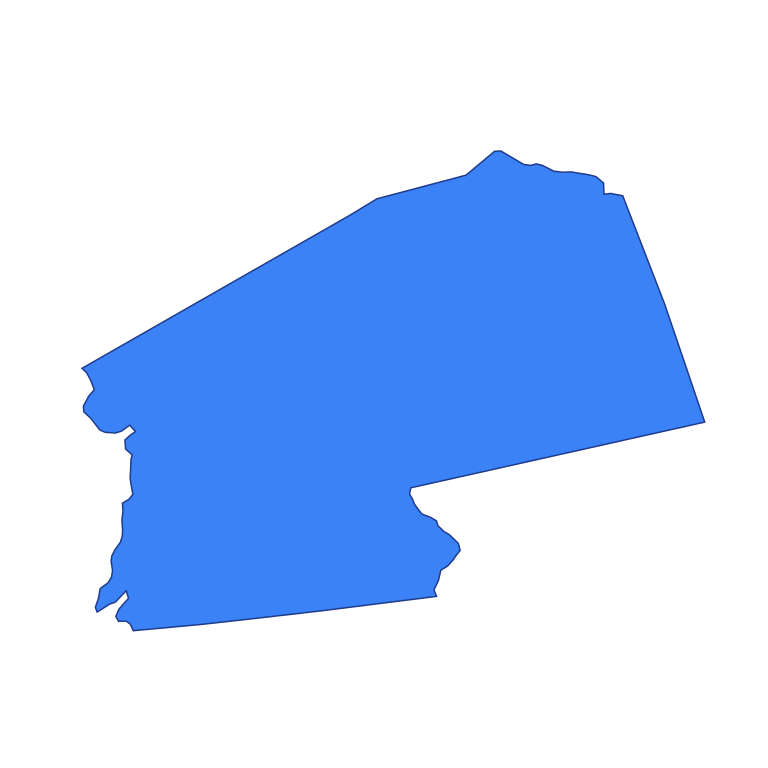 João Câmara, Rio Grande do Norte, Brazil (Natural Earth projection), rotated 83°
{"feature_id": "56859067B69289954608345", "entity_name": "João Câmara", "entity_type": "district", "adm_level": 2, "iso_a3": "BRA", "parent_name": "Brazil", "parent_adm1": "Rio Grande do Norte", "projection": "natural_earth1", "projection_center": [-35.848, -5.472], "detail": "fine", "context": "isolated", "style": "filled", "palette": "blue", "viewbox_px": 768, "rotation_deg": 83, "n_neighbors": 0, "source": "geoboundaries", "source_scale": "gbopen_adm2", "svg_char_len": 1355}
<svg xmlns="http://www.w3.org/2000/svg" viewBox="0 0 768 768"><g transform="rotate(83 384 384)"><path d="M598.3,663.0L600.4,593.4L600.9,548.4L601.5,473.5L601.2,357.7L594.4,359.5L585.6,353.9L575.8,350.3L572.3,342.9L566.7,336.5L562.9,333.2L558.5,328.7L551.3,329.6L541.4,337.6L537.9,342.3L531.2,347.8L526.3,348.6L522.3,353.6L517.7,362.2L513.5,364.8L506.9,368.4L501.9,369.7L496.2,372.0L490.3,370.1L460.9,70.3L391.6,84.7L338.5,95.8L226.3,124.1L222.5,135.7L222.4,142.5L211.3,141.6L204.0,148.4L201.5,154.6L199.7,160.5L198.2,166.1L196.4,172.0L195.5,181.3L193.4,189.6L186.2,200.3L184.1,206.2L184.9,211.8L183.1,218.6L167.0,239.6L166.5,245.9L186.7,277.1L199.3,368.4L212.5,397.7L256.4,502.5L331.6,681.8L336.7,677.7L344.6,674.7L354.4,672.2L360.2,678.7L369.4,685.1L375.1,685.3L382.5,679.1L395.0,671.7L398.0,666.6L399.9,656.6L398.8,650.4L393.9,641.4L400.9,636.5L404.2,642.6L408.1,648.0L417.0,648.4L423.8,642.6L428.3,644.4L436.3,645.6L446.1,647.4L451.2,647.4L462.9,646.7L467.3,651.2L470.4,658.1L478.3,658.6L487.2,660.7L497.8,661.3L503.3,662.4L508.9,664.9L515.8,671.3L521.7,675.2L526.5,676.4L536.3,676.2L542.2,677.9L547.7,682.1L552.4,690.6L562.1,693.6L570.5,697.7L575.4,696.5L569.1,683.2L567.8,677.3L557.8,665.1L565.5,663.7L571.5,670.5L575.4,674.7L582.0,678.5L587.2,676.4L588.0,668.7L591.5,665.1L598.3,663.0Z" fill="#3b82f6" stroke="#1e3a8a" stroke-width="1.5"/></g></svg>